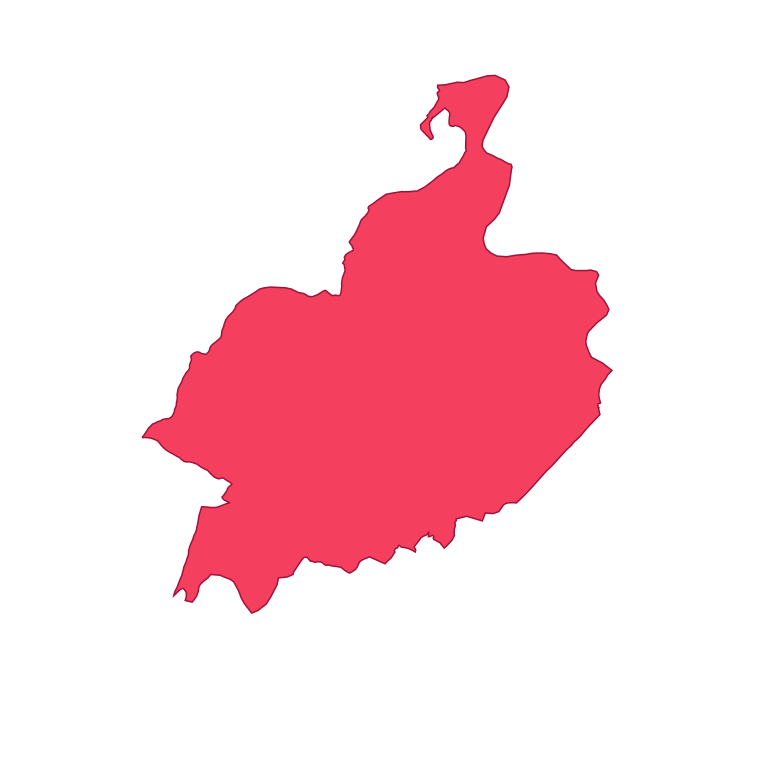 Gadinti, Neamt, Romania (Robinson projection), rotated 136°
{"feature_id": "2599482B80343576594482", "entity_name": "Gadinti", "entity_type": "district", "adm_level": 2, "iso_a3": "ROU", "parent_name": "Romania", "parent_adm1": "Neamt", "projection": "robinson", "projection_center": [27.043, 46.924], "detail": "fine", "context": "isolated", "style": "filled", "palette": "rose", "viewbox_px": 768, "rotation_deg": 136, "n_neighbors": 0, "source": "geoboundaries", "source_scale": "gbopen_adm2", "svg_char_len": 6166}
<svg xmlns="http://www.w3.org/2000/svg" viewBox="0 0 768 768"><g transform="rotate(136 384 384)"><path d="M544.0,516.2L546.4,514.7L547.6,513.5L548.8,512.6L552.2,511.2L554.3,509.6L557.9,508.2L559.8,508.0L561.2,508.1L562.6,508.6L567.5,512.1L570.9,513.0L573.2,514.2L575.8,514.9L578.4,516.0L581.1,515.8L583.9,515.9L586.7,515.1L591.4,514.1L594.3,513.7L594.8,513.3L594.8,513.0L592.9,511.4L590.2,508.3L588.8,506.2L586.8,501.7L586.4,500.1L586.4,497.8L586.9,493.5L586.7,488.6L585.6,483.8L584.4,480.4L583.2,475.8L582.2,473.0L582.0,472.0L582.2,471.0L581.6,467.5L581.1,466.3L580.3,465.2L578.1,463.2L577.2,462.0L576.1,460.2L575.7,459.2L574.3,456.5L573.8,454.4L573.3,451.3L572.1,447.4L571.1,444.9L570.9,444.8L571.0,438.9L570.6,434.7L569.5,431.8L568.7,430.5L566.1,429.2L564.9,427.9L564.1,423.7L562.9,419.5L562.9,418.0L563.1,417.6L567.8,417.8L569.5,417.3L571.0,416.5L576.3,415.4L577.5,415.2L578.9,415.3L579.4,414.7L579.7,412.3L579.5,411.2L577.6,406.1L577.7,405.8L579.9,407.1L587.8,410.4L589.8,411.4L591.4,412.6L594.7,415.8L596.0,417.5L600.4,422.4L608.5,417.8L614.3,413.5L621.4,408.7L626.3,406.9L629.6,405.0L632.5,403.9L636.1,402.3L640.1,400.0L642.5,397.8L644.6,396.3L647.0,395.3L650.4,393.3L651.4,393.0L655.4,391.2L656.6,390.3L662.9,386.5L667.1,384.8L674.9,381.1L677.2,380.5L679.7,379.4L682.3,377.7L674.5,377.8L672.1,377.4L670.7,376.7L670.4,375.2L670.9,371.6L673.7,368.5L677.4,366.4L673.6,360.4L671.3,360.6L666.5,361.5L662.0,363.6L657.6,366.9L654.8,367.5L649.8,367.4L645.6,366.8L641.1,367.4L635.0,360.6L630.4,350.5L629.5,346.2L632.3,336.2L635.3,329.2L637.0,322.8L638.3,311.1L631.9,308.6L621.4,307.5L613.1,309.6L600.4,313.9L594.6,317.8L587.5,312.3L581.8,310.2L579.5,311.5L571.2,313.4L565.1,314.6L561.9,314.9L559.7,312.7L560.0,307.5L559.1,306.9L557.7,303.9L554.9,301.9L553.0,299.9L552.4,297.4L552.3,295.8L552.1,294.5L550.7,293.1L549.4,292.1L549.2,291.4L546.9,288.1L544.9,285.8L544.3,284.7L543.0,283.2L542.2,281.6L541.7,277.0L540.3,272.0L536.6,270.9L533.0,270.4L530.3,271.0L525.3,273.0L522.1,272.6L518.1,271.2L516.8,270.5L514.9,270.1L514.2,268.9L508.1,253.9L503.9,254.2L502.8,254.0L499.2,254.0L494.9,255.1L493.9,255.2L493.0,255.5L492.6,256.1L492.5,256.8L490.6,257.7L488.4,256.9L487.2,257.0L486.1,257.5L485.6,257.6L485.1,257.4L484.9,254.9L484.6,254.2L483.0,252.2L481.2,249.6L480.2,247.6L479.1,244.5L478.2,241.4L477.0,242.2L476.0,243.3L475.8,244.6L475.9,245.3L475.0,246.0L467.2,247.1L464.3,247.7L461.3,247.2L459.0,246.1L457.9,245.9L455.1,246.1L458.1,243.3L457.4,242.9L456.9,242.4L454.0,241.3L454.1,239.8L454.3,239.5L455.6,239.1L456.3,237.5L456.1,237.1L455.8,236.8L454.6,232.5L454.0,231.1L454.7,224.2L451.0,224.0L443.8,224.4L438.7,226.0L437.5,227.6L433.9,230.9L430.6,232.8L429.3,235.1L426.7,235.6L425.9,236.9L416.4,231.4L408.4,217.2L400.7,220.8L395.7,215.1L390.0,212.4L381.6,214.1L377.8,212.7L373.5,208.9L371.5,206.5L362.6,206.4L351.6,206.8L327.4,208.6L320.2,208.5L298.9,209.9L291.2,209.7L290.8,209.8L290.5,210.2L287.9,210.2L286.7,210.4L284.9,210.1L278.7,210.2L268.0,211.3L249.9,212.0L246.4,217.9L245.9,217.6L245.5,219.2L244.6,220.6L244.0,221.0L241.5,219.9L238.6,224.9L237.8,226.1L236.0,228.0L232.6,230.7L229.8,232.2L227.3,233.1L221.0,233.9L216.8,235.1L214.2,235.3L210.6,235.3L212.2,246.9L216.2,259.2L214.3,265.1L211.6,271.2L209.3,274.5L202.8,278.9L200.0,279.7L188.6,280.1L176.0,279.0L170.4,281.4L168.9,286.0L167.5,292.2L167.5,297.5L166.6,302.5L161.9,309.6L153.9,313.2L153.0,317.0L156.2,322.5L158.8,324.3L167.3,332.4L170.0,336.5L170.6,351.5L170.2,356.7L174.2,362.6L179.3,368.4L185.6,374.3L192.7,379.3L199.1,384.6L207.3,390.3L213.9,397.6L216.1,403.7L216.6,410.5L214.3,415.7L211.3,420.1L201.1,426.0L190.6,425.8L182.5,426.9L155.7,439.9L143.7,449.5L141.1,451.2L140.0,453.9L140.6,454.5L141.8,457.0L143.7,463.3L144.1,464.9L144.9,465.9L147.3,473.4L149.7,478.9L149.4,482.6L148.6,486.3L146.4,488.4L143.1,490.8L119.7,499.4L103.3,503.3L96.2,505.2L87.8,510.8L85.7,518.4L89.8,528.9L95.8,534.0L111.1,542.4L117.2,545.4L121.7,550.2L132.0,556.6L136.6,560.5L137.7,561.6L139.2,560.5L139.6,559.7L139.8,557.8L140.4,556.2L143.1,556.6L143.8,556.1L144.8,554.2L145.7,552.0L147.7,550.4L149.3,550.2L155.8,548.2L159.0,548.0L161.0,548.1L163.7,547.3L166.7,547.1L167.1,545.3L177.7,545.1L179.4,543.1L180.3,541.7L180.6,538.6L180.5,536.3L180.6,533.3L180.4,531.9L180.5,530.3L180.7,527.9L179.9,527.0L178.4,526.8L177.6,527.0L176.6,528.2L175.6,531.7L173.8,535.5L172.4,537.1L171.4,538.6L168.9,540.8L167.9,540.7L166.5,541.0L165.4,541.4L164.9,542.0L164.0,542.2L164.2,541.5L148.4,540.2L148.4,538.6L148.0,535.8L148.2,534.1L149.2,532.5L150.0,531.7L152.1,530.1L155.2,527.3L156.6,525.6L157.0,524.3L156.6,523.0L155.3,521.3L153.2,520.5L152.1,518.8L150.7,515.8L150.4,511.9L150.4,509.0L152.5,505.7L161.5,496.9L163.0,494.5L165.0,494.4L168.7,492.9L171.8,492.2L176.1,490.8L179.1,491.1L183.5,491.1L186.2,492.8L188.7,493.8L192.4,494.5L195.5,494.6L199.8,495.5L202.5,495.9L209.1,496.3L217.4,497.3L226.5,499.9L227.9,501.5L230.5,503.4L236.3,508.6L237.2,509.8L246.5,516.3L250.7,519.0L260.3,520.7L266.7,521.3L270.0,522.1L272.3,522.2L273.4,521.4L273.7,519.6L274.8,519.1L277.1,518.4L280.7,517.9L286.1,517.9L288.2,517.1L291.0,515.7L297.9,513.0L301.8,511.8L310.2,510.4L310.7,509.0L311.0,505.7L311.9,504.0L312.3,502.3L313.7,501.6L317.1,502.8L319.7,503.4L322.2,503.5L324.6,502.7L324.7,502.0L325.9,500.4L328.3,500.1L329.8,499.6L329.7,497.6L333.0,492.7L339.9,489.4L344.8,485.7L346.3,483.8L349.1,481.5L352.3,479.0L353.9,478.5L355.6,479.3L357.1,481.6L359.7,483.4L360.3,485.7L361.0,492.0L363.1,493.0L369.7,494.4L375.0,496.6L377.5,499.6L378.8,504.8L382.0,509.2L384.7,516.7L388.0,521.6L398.1,532.4L403.7,536.6L407.7,538.8L412.6,539.5L422.7,541.7L425.7,542.6L429.8,543.2L436.0,543.3L438.4,541.9L442.6,540.9L449.0,540.9L453.1,540.1L457.5,538.0L459.6,536.6L462.9,535.3L465.1,533.7L466.8,532.2L469.0,530.9L475.3,531.1L480.0,531.6L482.5,531.4L484.1,530.9L486.1,529.6L487.7,529.0L490.7,528.9L491.6,529.3L492.5,530.6L493.8,532.0L494.1,532.5L494.6,534.9L495.9,536.6L496.5,537.2L498.8,538.2L503.5,538.4L505.2,535.8L505.8,535.2L506.5,534.7L510.2,533.0L510.8,532.6L512.2,531.1L513.2,530.4L514.7,529.8L518.5,529.5L524.8,527.8L527.6,526.2L533.4,524.4L535.7,523.4L540.5,519.9L541.9,518.0L543.1,517.1L544.0,516.2Z" fill="#f43f5e" stroke="#9f1239" stroke-width="1.5"/></g></svg>